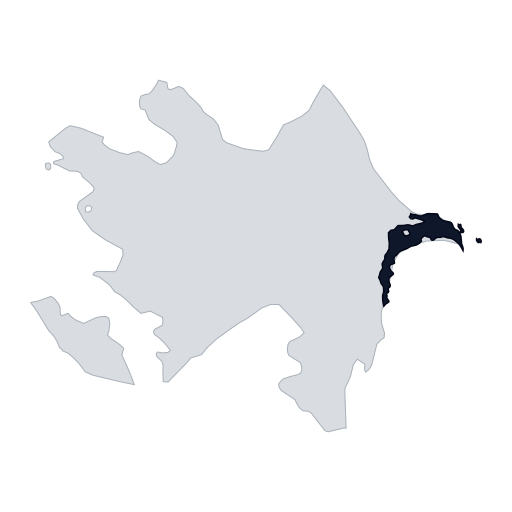 Azerbaijan, with Bakı highlighted
{"feature_id": "AZE-1689", "entity_name": "Bakı", "entity_type": "Municipality", "adm_level": 1, "iso_a3": "AZE", "parent_name": "Azerbaijan", "parent_adm1": "", "projection": "mercator", "projection_center": [49.815, 40.127], "detail": "fine", "context": "in_parent", "style": "filled", "palette": "ink", "viewbox_px": 512, "rotation_deg": 0, "n_neighbors": 0, "source": "natural_earth", "source_scale": "10m", "svg_char_len": 5652}
<svg xmlns="http://www.w3.org/2000/svg" viewBox="0 0 512 512"><path d="M346.1,428.2L343.9,428.0L328.2,431.8L324.9,430.6L311.4,413.3L308.6,411.4L302.8,410.7L299.4,407.8L296.6,403.2L295.1,399.8L281.1,390.4L279.0,387.0L278.7,384.0L280.8,381.2L283.2,378.9L290.0,376.6L297.9,374.6L300.5,373.1L301.8,370.6L301.7,366.6L300.4,362.7L289.0,355.5L287.7,352.4L287.3,348.6L288.0,344.6L289.8,341.5L299.1,337.3L304.1,332.9L301.0,328.0L290.9,316.8L279.0,304.5L271.0,304.4L261.8,308.0L247.1,318.5L239.0,323.0L228.4,330.4L216.9,338.7L207.4,347.4L201.5,354.7L191.0,357.8L185.7,363.9L168.1,382.0L163.2,381.7L162.9,372.8L163.1,365.6L162.0,361.5L156.3,355.9L156.3,353.5L157.8,352.0L162.2,352.9L167.8,352.5L170.4,350.3L164.4,342.9L159.1,337.9L154.6,334.6L153.6,332.6L153.6,331.1L154.5,329.4L162.2,325.3L163.0,321.6L162.5,317.3L150.2,311.1L141.0,313.4L132.8,306.4L127.5,301.0L120.8,295.2L114.9,292.0L109.3,284.7L99.5,277.2L93.1,275.1L93.2,273.9L94.4,272.5L97.0,271.4L114.6,271.7L116.7,270.3L117.8,267.1L120.2,262.3L123.0,255.2L122.7,249.3L105.1,239.7L92.4,230.8L83.5,219.2L77.5,208.4L77.7,204.8L79.4,201.4L93.1,191.6L94.0,189.0L93.7,187.2L88.9,182.2L82.7,177.0L80.8,173.1L76.9,171.2L69.6,171.0L56.7,164.6L54.0,164.0L53.4,162.7L54.0,161.4L63.2,158.8L63.1,156.6L60.3,153.8L55.1,151.7L50.3,146.6L48.7,141.9L65.3,128.4L70.2,125.7L81.0,128.2L103.6,137.2L102.1,142.1L104.4,144.9L109.5,148.7L119.5,152.6L127.9,154.6L132.1,152.9L138.6,151.5L147.0,155.9L154.8,161.5L158.6,163.8L160.7,164.5L166.6,162.6L173.6,155.4L176.4,146.6L177.2,142.4L173.1,136.5L164.6,130.2L155.1,124.6L149.0,119.7L145.1,110.0L141.1,108.9L140.1,107.7L139.5,104.4L139.6,99.7L141.0,96.1L144.8,94.6L148.7,94.0L152.3,90.6L156.7,83.9L158.5,80.2L166.8,82.4L167.9,88.4L169.4,89.6L172.9,88.9L178.6,86.4L183.1,88.3L189.0,95.5L197.1,103.0L201.4,108.0L203.2,111.5L207.3,114.9L213.4,118.9L218.2,125.1L222.5,139.5L226.8,142.8L242.4,148.3L247.9,149.4L263.2,151.3L268.6,149.9L276.5,137.5L283.6,124.7L290.3,122.1L302.2,115.9L309.4,110.0L312.4,103.7L319.2,91.8L323.4,85.0L330.4,91.0L342.7,107.2L360.1,133.4L364.4,140.8L367.2,149.4L369.7,159.8L373.6,169.0L391.4,192.0L399.0,200.5L411.5,211.5L415.9,213.9L421.7,214.6L432.4,214.7L442.3,218.9L447.2,221.9L452.2,226.3L456.7,231.3L461.3,244.7L444.2,240.3L426.9,241.0L417.1,243.9L407.7,247.8L398.6,253.3L392.9,264.1L388.2,288.9L381.2,312.0L381.4,322.7L384.5,333.0L384.1,337.8L380.9,339.9L376.9,344.2L371.6,365.3L368.9,369.5L365.5,372.1L364.6,369.6L364.8,364.1L357.3,359.2L353.3,364.7L350.5,376.3L345.0,388.4L344.8,390.8L346.1,428.2ZM91.0,210.7L91.8,207.3L89.6,205.8L87.4,205.7L85.4,207.4L85.4,211.6L88.1,212.3L91.0,210.7ZM34.5,307.8L31.9,304.4L30.7,302.5L38.3,301.0L51.0,296.4L54.4,298.6L58.1,303.2L60.0,307.2L60.3,314.6L61.8,315.8L68.0,313.3L70.7,316.3L75.5,319.9L83.7,323.4L95.5,317.9L101.4,316.5L106.3,316.6L108.9,318.3L109.8,324.0L108.9,331.1L107.5,334.9L110.0,337.8L119.7,344.5L123.7,348.3L121.8,354.9L129.0,370.8L131.4,377.0L134.3,384.6L119.5,381.6L92.8,375.2L85.4,371.9L78.5,363.0L74.4,358.7L68.2,353.2L63.2,351.1L59.4,347.3L57.2,341.6L54.1,336.5L48.6,330.5L36.1,310.0L34.5,307.8ZM50.4,168.9L48.7,170.0L46.2,168.9L45.4,166.3L45.6,163.6L48.1,162.9L50.2,163.7L50.8,166.2L50.4,168.9Z" fill="#d9dde1" stroke="#a8b0b8" stroke-width="1"/><path d="M410.8,213.7L411.9,214.3L415.8,214.8L419.1,215.8L420.9,216.0L422.3,215.7L426.6,213.9L428.4,213.6L437.1,213.9L437.8,214.5L438.1,215.2L438.4,216.0L438.7,216.7L440.1,218.4L441.6,219.7L443.1,220.6L450.1,222.1L451.4,222.8L452.3,224.3L453.2,226.7L454.4,228.8L455.9,229.8L457.6,230.4L459.0,231.9L460.1,234.0L460.9,236.1L461.7,244.4L462.2,245.2L462.8,247.1L463.2,249.2L463.0,250.6L461.5,247.7L459.9,245.2L458.0,243.0L454.2,239.9L452.6,239.0L450.8,238.3L447.4,237.8L444.5,236.9L443.0,236.7L442.1,236.8L441.1,237.2L440.3,237.4L437.4,237.4L436.0,238.0L433.4,240.2L431.9,240.2L431.3,239.7L430.4,238.1L429.7,237.4L428.9,237.1L427.0,236.8L424.9,235.7L423.4,236.5L420.9,238.8L421.4,241.2L419.2,243.4L416.1,245.1L411.0,246.2L406.5,248.8L400.6,251.0L399.2,252.0L396.3,255.3L395.0,256.2L394.1,257.3L393.9,259.5L394.4,262.2L394.4,263.3L390.3,264.9L389.5,266.5L389.7,268.5L390.7,270.6L391.4,271.3L392.5,272.2L393.1,272.9L393.4,274.0L393.0,274.6L392.2,275.1L390.9,276.4L390.3,276.6L389.7,277.1L389.2,278.1L388.8,279.3L388.8,280.2L389.2,282.2L390.0,284.4L390.3,285.5L390.0,286.7L389.3,287.4L388.7,287.9L388.3,288.5L388.1,289.5L388.3,290.0L388.5,290.5L388.7,291.1L388.6,291.8L388.3,292.3L387.1,293.2L386.6,294.6L386.6,295.3L387.1,295.9L386.7,297.3L387.2,298.6L388.9,301.1L388.8,301.9L387.8,302.7L385.8,303.9L383.8,306.2L383.1,303.2L382.7,299.8L382.6,295.5L383.7,291.7L383.6,289.1L383.3,286.5L382.2,285.0L381.1,283.5L380.1,280.3L378.7,277.5L379.6,274.8L380.2,272.1L381.5,270.2L382.7,268.2L382.5,266.2L382.1,264.1L383.0,261.9L384.4,260.0L384.9,258.1L384.8,256.4L385.4,254.7L386.7,253.4L389.0,249.0L389.3,243.4L388.6,237.8L388.5,232.7L390.9,230.3L394.2,229.8L396.0,227.8L398.0,225.6L404.3,225.4L406.6,224.9L409.0,224.9L410.7,225.4L412.4,225.9L414.3,225.3L416.1,224.5L419.6,223.7L423.1,222.7L424.6,221.1L421.9,220.0L418.6,218.9L415.4,217.9L414.0,218.4L412.6,219.0L410.8,218.7L409.3,217.0L410.0,215.9L410.6,214.7L410.8,213.7ZM402.1,231.4L402.3,231.8L403.5,233.5L404.1,235.3L405.8,235.7L407.6,235.6L409.3,234.7L410.2,233.7L409.4,232.3L407.8,229.7L404.6,229.9L402.1,231.4ZM463.0,232.4L461.9,232.6L460.4,232.5L460.7,230.1L458.2,226.7L458.3,224.3L459.2,224.8L460.4,224.4L460.9,225.0L461.1,227.1L461.8,228.2L462.8,229.1L463.6,230.5L463.6,231.7L463.0,232.4ZM480.8,242.6L479.3,242.3L478.3,242.6L477.2,241.6L476.5,240.1L476.6,238.8L477.6,239.6L478.4,239.4L479.0,238.8L479.8,238.8L480.9,240.0L481.3,241.6L480.8,242.6Z" fill="#0f172a" stroke="#020617" stroke-width="1.5"/></svg>